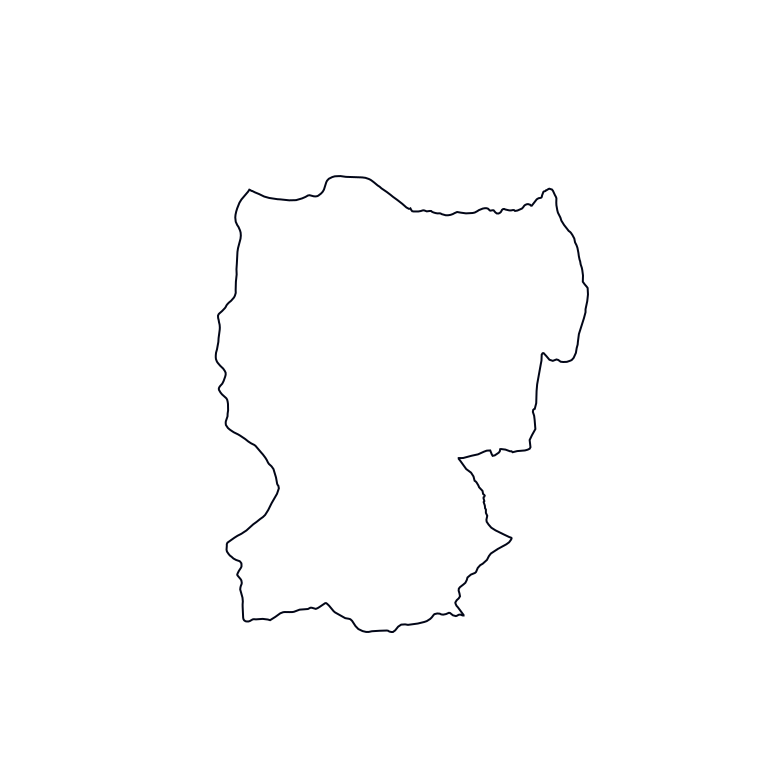 the district of Guapotá, Santander, Colombia, rotated 326°
{"feature_id": "7082276B45314174051982", "entity_name": "Guapotá", "entity_type": "district", "adm_level": 2, "iso_a3": "COL", "parent_name": "Colombia", "parent_adm1": "Santander", "projection": "orthographic", "projection_center": [-73.332, 6.32], "detail": "fine", "context": "isolated", "style": "outline", "palette": "ink", "viewbox_px": 768, "rotation_deg": 326, "n_neighbors": 0, "source": "geoboundaries", "source_scale": "gbopen_adm2", "svg_char_len": 6154}
<svg xmlns="http://www.w3.org/2000/svg" viewBox="0 0 768 768"><g transform="rotate(326 384 384)"><path d="M165.5,428.0L164.1,428.9L163.1,430.4L160.8,433.3L160.1,435.1L160.1,437.9L160.3,440.0L161.0,442.0L161.6,444.5L163.0,447.2L165.2,450.1L165.4,450.7L165.5,452.9L164.7,454.3L163.7,455.7L162.5,456.4L159.0,457.9L156.7,459.2L155.7,460.0L155.5,460.7L156.0,465.7L155.9,467.1L154.9,469.3L154.2,470.1L152.2,471.5L151.2,472.4L149.9,473.9L147.2,482.0L145.4,485.3L143.5,487.7L142.2,489.7L136.6,498.9L136.0,500.3L135.9,501.7L136.5,503.2L137.4,504.1L138.9,505.1L140.3,505.5L143.4,505.7L144.6,506.2L146.2,507.5L152.1,510.9L156.0,514.3L157.5,516.1L163.7,516.3L169.8,516.1L172.8,516.8L174.3,517.6L178.3,520.4L180.5,521.8L182.0,522.5L187.9,523.9L195.1,528.0L197.8,528.3L199.0,529.1L201.7,532.3L203.6,532.7L205.6,532.8L212.6,532.8L213.4,533.2L213.9,534.3L214.5,537.1L215.2,544.2L215.7,546.0L220.9,556.4L223.7,559.1L224.6,560.3L225.1,562.5L225.0,568.7L225.7,572.8L228.1,576.9L230.5,579.5L232.7,581.0L235.7,582.2L242.5,586.2L248.4,589.9L249.4,590.8L250.0,592.2L251.4,593.7L252.7,594.6L255.5,594.5L260.0,593.1L263.7,593.1L267.1,595.1L269.2,597.1L278.1,601.5L284.3,603.8L286.9,604.5L291.0,604.6L293.1,604.2L296.0,603.2L297.1,603.0L299.8,604.0L301.8,605.6L302.6,607.0L304.1,608.3L306.7,609.4L309.9,610.0L310.7,610.8L311.8,614.3L313.8,616.6L314.8,616.9L316.9,617.1L318.3,617.8L319.8,619.9L320.5,620.4L320.8,620.0L320.4,610.6L320.1,608.3L320.5,606.0L321.0,605.0L323.4,603.9L326.1,603.5L328.3,602.5L329.5,599.7L330.3,597.1L331.6,595.5L333.4,594.9L337.9,594.6L340.3,594.3L343.0,592.8L345.0,591.1L349.5,590.6L353.7,591.5L355.2,591.3L358.9,588.9L362.5,588.0L365.3,588.2L371.0,587.4L374.8,585.3L377.8,584.3L386.3,584.4L395.7,585.3L399.2,585.2L402.0,584.2L403.3,583.5L403.6,582.8L403.2,582.1L402.3,581.0L399.0,575.4L394.6,567.7L392.6,563.1L392.1,559.0L392.1,555.6L393.0,553.8L395.9,551.0L396.4,547.8L398.3,545.0L398.3,543.6L399.6,541.2L400.6,537.6L401.7,537.2L402.6,534.4L403.2,533.6L404.2,533.5L405.1,532.8L405.1,532.2L404.7,530.5L405.9,527.7L405.1,522.8L405.5,520.9L405.7,517.4L405.5,516.0L405.0,514.9L406.5,510.7L406.6,506.2L404.6,500.5L404.3,490.5L404.1,487.8L404.5,487.2L408.2,489.6L416.6,492.5L422.6,494.9L429.0,496.0L431.9,496.7L434.9,498.5L434.0,502.6L433.9,504.3L435.9,505.1L440.7,505.1L442.3,504.6L443.9,503.0L444.7,503.4L448.0,506.3L450.9,510.3L452.1,511.1L452.5,512.5L456.9,514.1L463.7,517.9L466.4,518.8L468.6,519.1L470.1,518.3L473.4,511.9L478.0,509.2L484.3,506.0L488.8,498.0L490.7,494.3L491.8,490.4L493.2,488.9L494.6,488.7L495.1,488.9L499.5,485.0L506.6,475.1L510.8,469.9L525.3,455.0L527.6,452.7L531.2,447.8L532.7,447.2L533.6,447.7L534.2,451.6L534.7,456.4L536.9,459.2L540.7,460.1L541.9,461.5L542.9,464.3L544.9,466.0L548.0,467.9L550.9,468.7L552.9,469.1L555.8,468.4L560.5,465.5L563.9,461.9L566.6,459.6L568.3,457.5L573.5,451.6L586.5,441.3L591.2,437.2L592.9,434.7L598.8,429.0L603.2,423.8L606.5,418.3L606.5,417.2L606.1,413.5L606.0,410.4L609.6,405.4L612.0,400.6L613.0,398.2L613.9,394.9L615.2,392.0L615.7,390.2L617.1,386.8L618.5,384.0L620.5,379.3L621.2,376.6L621.6,373.4L623.1,369.8L623.5,365.8L623.5,363.2L623.3,362.0L622.7,360.3L622.5,356.9L622.2,352.9L622.4,347.7L623.3,344.7L624.0,339.2L624.8,336.9L626.9,332.2L628.3,329.9L630.8,326.4L631.2,324.8L631.3,323.2L632.1,318.4L632.0,316.7L630.2,314.5L629.3,314.3L627.8,314.3L626.5,314.0L625.9,314.3L625.1,314.1L624.3,313.8L623.5,313.9L620.3,316.2L619.6,317.0L618.8,317.4L618.0,317.3L616.0,316.4L613.9,316.3L606.2,318.8L605.5,318.2L605.4,317.1L604.0,315.4L602.8,314.8L601.2,314.5L600.0,314.6L598.2,315.3L596.5,315.7L591.6,314.8L589.4,313.8L589.0,312.5L588.2,311.9L586.3,311.1L585.0,310.2L582.2,307.2L581.5,306.1L580.6,305.6L579.3,305.6L577.2,306.7L575.7,306.9L574.3,306.7L572.9,305.7L572.3,304.0L572.0,301.3L571.4,300.8L569.0,299.7L568.7,299.0L568.3,296.9L567.4,295.7L566.0,294.7L564.0,293.8L559.8,292.9L558.1,292.9L555.1,292.6L553.1,291.8L547.4,288.4L543.6,285.0L540.8,282.3L538.1,281.8L536.1,281.6L533.8,281.0L531.6,280.0L529.6,278.7L526.8,275.4L526.3,274.3L525.3,273.4L523.9,272.6L522.4,271.2L521.0,269.5L520.2,268.3L519.8,266.9L518.8,266.2L516.0,264.8L514.5,262.7L513.6,261.9L512.4,261.5L511.3,261.2L508.8,260.1L505.0,257.5L504.0,256.5L503.9,255.0L504.1,253.2L503.5,253.2L502.6,252.7L501.3,250.2L499.9,244.8L498.0,239.0L496.1,233.8L495.2,230.8L493.7,226.4L491.3,220.4L490.7,218.0L489.8,215.9L488.5,211.4L487.7,209.0L487.0,207.2L486.1,205.6L483.9,202.7L481.4,200.5L468.3,191.0L464.2,187.3L461.5,185.6L459.3,184.3L456.8,183.5L453.0,183.0L450.5,183.6L448.9,184.5L443.0,189.2L440.8,190.3L438.3,190.9L435.0,191.1L433.9,191.0L432.5,190.4L430.9,189.3L427.9,185.9L426.4,185.2L423.5,185.0L419.8,184.3L413.9,182.4L408.1,178.7L401.2,172.9L399.1,171.3L392.9,165.6L389.5,161.6L386.6,156.6L384.2,153.0L382.7,150.3L382.1,149.8L381.7,148.7L381.0,147.6L379.0,148.5L369.0,151.3L365.5,152.9L360.5,156.3L357.9,158.4L355.5,160.7L353.8,162.8L351.8,166.6L351.2,170.2L351.2,172.4L350.5,176.2L349.8,178.3L348.3,180.9L346.3,183.3L338.9,189.8L336.4,192.5L329.1,202.2L325.9,206.3L323.1,210.8L318.4,216.4L313.6,223.1L312.0,225.6L309.8,227.4L308.0,228.4L303.8,229.5L300.8,229.8L298.6,230.3L297.2,230.8L296.1,231.5L294.6,232.1L290.5,233.0L287.2,233.4L286.1,233.6L284.6,234.5L283.4,236.5L282.7,238.5L281.6,240.9L281.5,241.3L280.8,243.1L279.4,245.5L278.1,247.2L272.5,253.5L270.2,256.5L264.9,261.9L262.3,264.1L260.7,266.0L259.5,267.7L258.6,269.4L258.0,272.0L258.0,273.6L258.4,277.2L259.3,281.4L259.3,284.2L259.0,286.1L257.9,287.8L256.3,289.2L252.6,291.9L250.1,293.3L247.2,294.0L245.6,294.6L244.6,295.3L243.9,296.5L243.7,299.6L243.9,302.0L245.3,307.7L245.2,309.3L244.5,311.2L243.5,313.3L240.0,318.7L237.8,321.1L236.2,323.3L232.0,326.5L231.0,327.7L230.0,329.6L230.0,333.2L230.6,335.4L231.4,337.5L232.5,340.1L234.8,344.1L235.8,346.2L238.2,352.1L239.3,355.7L240.7,359.0L242.4,362.0L242.9,363.5L243.9,372.5L244.2,374.7L244.4,378.8L244.3,381.4L243.9,384.2L243.9,386.0L244.7,389.2L244.8,392.7L242.2,401.1L239.6,407.0L239.4,408.1L239.5,409.3L238.5,411.7L233.9,415.2L224.1,420.0L217.6,423.7L212.2,426.1L209.3,426.6L205.6,426.7L200.8,427.1L197.2,427.2L188.0,428.5L181.8,428.4L177.7,427.9L174.0,427.8L165.5,428.0Z" fill="none" stroke="#020617" stroke-width="2"/></g></svg>